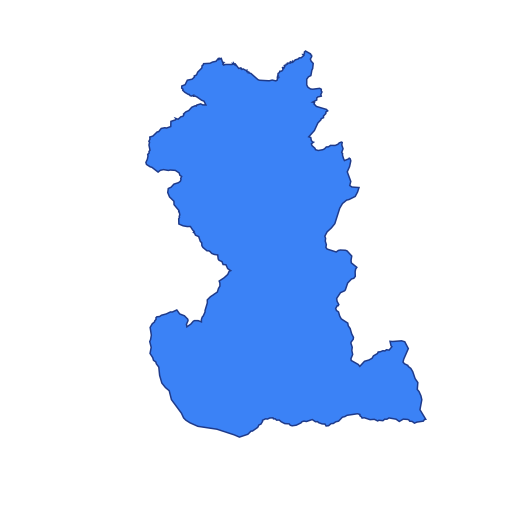 Nyanza, Southern, Rwanda, rotated 76°
{"feature_id": "39286606B66592032419282", "entity_name": "Nyanza", "entity_type": "district", "adm_level": 2, "iso_a3": "RWA", "parent_name": "Rwanda", "parent_adm1": "Southern", "projection": "robinson", "projection_center": [29.757, -2.344], "detail": "fine", "context": "isolated", "style": "filled", "palette": "blue", "viewbox_px": 512, "rotation_deg": 76, "n_neighbors": 0, "source": "geoboundaries", "source_scale": "gbopen_adm2", "svg_char_len": 6040}
<svg xmlns="http://www.w3.org/2000/svg" viewBox="0 0 512 512"><g transform="rotate(76 256 256)"><path d="M455.5,130.8L444.8,134.1L435.6,129.9L431.6,129.8L427.0,130.6L424.5,131.8L418.0,129.6L413.4,131.3L406.1,131.9L402.5,133.0L400.0,135.0L398.9,135.1L396.5,138.0L394.5,139.0L391.8,137.6L382.7,130.6L375.2,132.4L373.5,135.3L372.0,144.2L371.2,146.6L375.8,146.7L376.9,146.1L379.5,149.6L378.5,152.1L379.3,153.9L378.6,155.8L379.0,158.4L378.7,160.7L380.0,161.7L381.3,166.2L383.3,168.1L384.2,171.4L384.4,176.2L388.2,182.0L386.0,183.0L380.4,188.9L378.6,188.7L374.9,186.0L370.9,185.9L367.8,184.7L363.6,185.0L362.6,184.6L360.3,181.8L358.5,181.1L354.7,182.0L349.1,182.2L346.1,183.4L343.3,183.2L337.6,188.5L334.6,189.3L330.2,189.5L328.4,191.1L326.2,191.4L323.9,189.2L324.2,188.5L323.2,187.4L319.6,188.3L316.7,188.0L312.0,182.9L311.2,178.5L310.5,177.5L304.4,173.6L301.4,168.9L301.3,166.5L299.8,164.6L295.2,163.6L292.8,162.5L291.4,160.9L285.7,165.2L283.1,164.8L279.2,163.1L273.1,166.4L272.1,167.8L270.6,172.7L270.5,174.7L271.5,177.2L266.5,185.3L264.6,186.1L262.0,185.0L258.3,185.2L255.7,184.2L253.4,184.4L249.8,181.2L247.0,176.1L243.7,171.7L229.9,163.2L226.0,159.4L223.7,154.6L223.7,152.0L222.2,145.3L218.5,142.0L214.5,139.5L212.3,146.2L210.3,148.0L206.6,146.0L196.4,147.1L191.9,143.6L186.6,141.0L184.5,141.1L183.6,141.9L184.2,142.7L184.8,147.1L182.7,147.5L178.9,147.7L177.7,147.2L176.2,147.8L173.0,145.6L169.0,145.9L166.7,144.9L166.1,145.6L166.4,147.9L167.4,149.5L167.9,152.4L166.7,156.9L167.6,159.2L167.2,161.4L168.6,163.6L169.0,165.5L168.7,170.1L167.2,172.6L165.8,172.7L162.4,175.0L160.5,175.1L159.5,172.7L159.0,173.5L157.3,174.4L154.3,174.2L153.1,176.0L148.4,169.0L141.9,163.8L139.5,160.0L138.5,159.5L138.1,157.0L136.5,156.7L134.7,153.8L133.2,153.4L132.5,151.3L130.8,152.2L125.5,161.2L122.5,162.9L121.2,162.1L120.4,163.8L119.3,159.3L117.3,158.8L116.6,157.4L116.7,154.0L114.9,154.0L112.8,152.3L111.7,152.8L110.0,152.3L108.7,153.7L107.9,160.6L107.1,162.7L104.8,164.8L102.3,165.4L96.7,164.0L94.8,161.7L94.2,159.1L89.1,156.8L87.9,155.7L83.0,153.9L80.2,155.4L78.0,155.6L76.0,153.7L74.7,153.5L73.8,154.3L73.0,154.2L69.1,158.4L69.9,159.8L70.8,159.8L72.1,160.8L71.9,161.7L73.0,161.1L74.6,164.2L74.2,166.1L75.0,167.4L75.2,170.5L76.8,173.4L76.0,173.6L76.8,174.2L76.6,175.2L75.9,175.5L76.1,176.0L77.1,176.0L76.5,178.8L77.4,179.1L77.2,180.2L77.8,180.5L78.0,182.4L79.1,182.2L80.4,183.4L79.5,184.1L79.6,184.7L81.3,184.6L82.3,185.4L82.8,186.6L82.5,188.3L83.6,188.8L84.2,190.4L85.8,191.0L86.8,190.7L86.8,191.6L88.0,192.1L88.5,191.3L88.7,192.2L90.4,192.8L90.9,194.4L89.2,197.7L89.2,200.8L86.3,210.1L85.4,211.4L77.6,216.8L77.0,218.0L76.0,218.4L76.3,219.2L75.1,219.3L74.8,220.3L73.5,219.9L73.6,220.8L71.4,223.2L71.6,224.5L70.8,224.7L70.7,225.3L69.8,225.2L69.8,227.4L64.5,229.7L64.4,230.1L65.1,230.3L63.6,231.0L64.5,231.2L63.6,232.2L64.3,232.2L64.4,232.9L62.8,239.1L62.9,241.3L61.8,241.8L61.3,241.0L60.7,241.3L60.4,240.5L59.8,241.6L55.9,241.9L56.2,243.1L55.5,243.3L55.8,243.7L55.3,244.5L56.2,244.8L55.6,245.3L57.4,247.7L57.3,251.4L57.9,254.0L56.7,260.3L58.0,261.3L58.2,262.2L60.5,263.1L63.5,268.1L65.9,269.9L66.4,272.4L67.5,272.5L69.0,275.2L68.8,280.1L72.6,283.3L73.1,286.9L75.2,287.5L76.5,286.5L77.5,287.0L80.0,285.4L82.9,282.5L83.0,281.8L84.5,281.1L85.2,279.9L84.9,277.6L85.9,277.9L86.2,276.2L87.6,274.6L91.7,271.1L93.2,269.0L97.3,268.1L96.5,271.1L95.0,272.9L95.2,277.0L96.0,277.7L95.5,278.6L96.1,282.3L98.6,286.0L99.2,289.3L100.7,292.0L101.5,291.8L102.8,293.2L102.7,295.1L104.5,298.5L103.0,300.7L103.8,300.4L104.4,301.2L104.8,306.0L109.8,307.4L110.2,312.0L109.5,313.4L109.3,317.1L111.8,320.4L111.7,321.9L114.7,327.1L114.9,330.3L117.0,330.6L118.8,332.2L119.9,331.8L122.4,333.0L127.8,333.3L128.6,334.5L130.2,334.8L131.2,336.5L132.9,336.6L135.8,338.0L138.6,340.2L140.7,340.1L143.9,337.1L144.7,335.6L150.9,330.7L149.7,328.1L149.8,324.8L151.8,320.3L151.8,318.5L153.4,313.6L156.7,310.5L159.3,310.3L160.8,308.9L162.5,310.3L163.4,310.2L165.2,311.3L166.1,313.5L166.4,318.3L168.7,321.7L169.3,324.8L173.1,326.3L177.8,325.6L183.0,322.4L186.4,323.1L193.2,319.8L194.4,320.3L194.7,319.8L197.7,320.0L198.9,320.9L200.0,320.9L201.2,322.0L206.3,323.1L209.1,319.4L210.8,315.6L211.5,312.5L215.6,311.1L217.2,310.0L218.0,311.0L218.8,310.1L221.1,309.7L223.3,306.9L228.3,306.5L230.0,305.5L232.9,306.0L234.9,305.4L239.1,302.3L239.5,300.7L240.3,299.7L242.8,298.3L244.4,296.1L245.7,292.9L249.8,293.4L251.2,292.9L253.2,290.4L256.3,290.0L257.2,287.3L261.4,286.5L264.1,284.1L264.4,285.8L267.1,287.9L269.5,292.4L271.4,297.8L273.6,297.6L276.5,298.3L278.3,300.2L281.6,302.2L284.5,310.1L286.8,313.9L289.8,314.6L296.5,318.6L298.0,319.0L301.3,321.6L302.2,322.9L304.3,324.3L306.7,324.9L304.7,327.8L303.8,331.3L304.1,332.6L306.3,335.7L308.0,340.2L305.4,340.0L302.3,337.6L300.8,337.5L296.7,339.9L293.7,344.1L289.2,345.9L290.1,350.7L289.6,352.6L290.5,357.1L290.6,362.1L291.4,364.1L291.0,366.9L291.7,368.0L293.3,368.3L294.4,369.9L295.5,370.5L296.6,373.0L299.7,376.0L307.5,376.7L311.6,378.5L313.3,379.8L319.3,379.8L324.9,382.4L329.6,380.8L332.4,380.7L334.6,378.8L336.4,378.8L340.3,377.2L348.6,378.4L356.5,378.1L361.7,375.7L365.7,372.8L374.9,372.8L390.4,366.4L395.6,365.4L398.3,363.8L401.9,360.4L407.2,353.6L414.6,335.8L424.2,320.5L427.7,315.9L427.0,307.0L424.7,303.2L425.0,301.8L422.7,295.8L420.6,294.0L420.3,291.9L418.0,289.6L417.0,289.5L416.3,286.1L417.0,284.2L416.5,281.9L417.1,278.7L418.2,278.5L418.7,276.6L420.2,275.8L420.8,273.1L422.9,271.7L425.6,268.6L426.9,264.4L428.5,263.7L429.5,262.0L429.9,257.9L428.8,252.7L427.9,251.5L427.8,249.4L428.8,247.1L428.3,241.0L431.2,238.4L431.6,236.3L432.8,235.6L434.9,232.5L435.8,229.7L437.9,229.1L438.2,226.6L436.8,223.7L437.2,221.5L436.2,218.8L436.2,215.8L433.3,211.2L433.3,208.6L432.6,206.2L433.6,195.7L434.9,193.5L436.1,193.8L437.6,192.6L438.9,192.3L439.1,190.1L442.4,184.9L443.1,180.7L445.5,177.8L445.1,176.5L446.5,172.7L445.5,170.7L446.0,168.4L445.3,166.1L448.2,159.6L451.2,157.0L449.9,152.6L451.3,148.3L452.0,147.3L453.4,146.9L454.3,144.5L456.5,142.7L456.1,140.0L456.7,133.6L455.4,132.1L455.5,130.8Z" fill="#3b82f6" stroke="#1e3a8a" stroke-width="1.5"/></g></svg>